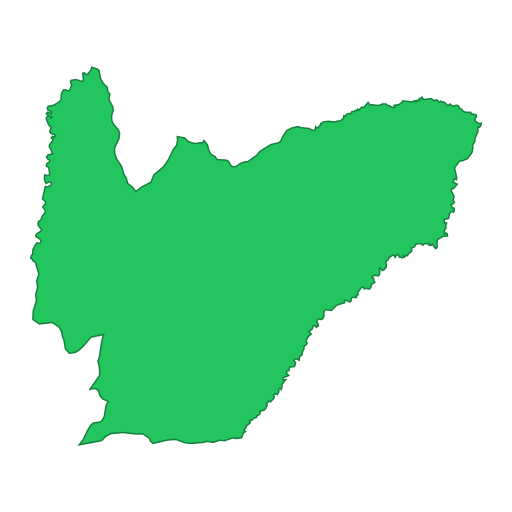 the district of União do Sul, Mato Grosso, Brazil
{"feature_id": "56859067B54495236199996", "entity_name": "União do Sul", "entity_type": "district", "adm_level": 2, "iso_a3": "BRA", "parent_name": "Brazil", "parent_adm1": "Mato Grosso", "projection": "robinson", "projection_center": [-54.31, -11.533], "detail": "fine", "context": "isolated", "style": "filled", "palette": "green", "viewbox_px": 512, "rotation_deg": 0, "n_neighbors": 0, "source": "geoboundaries", "source_scale": "gbopen_adm2", "svg_char_len": 5968}
<svg xmlns="http://www.w3.org/2000/svg" viewBox="0 0 512 512"><path d="M32.9,319.5L39.3,323.9L52.2,322.5L59.0,326.9L61.8,331.9L62.2,335.5L64.1,340.5L65.4,348.8L69.4,353.3L75.5,352.3L79.3,349.8L84.2,345.2L90.9,337.2L103.6,334.5L101.8,341.0L99.5,356.7L98.0,361.0L99.5,367.9L99.7,375.3L89.5,389.9L91.7,388.7L95.6,388.6L98.4,390.5L100.0,395.7L102.4,398.7L108.4,401.6L106.2,405.0L104.3,416.4L102.2,420.5L100.6,421.9L93.2,423.1L90.7,425.3L87.3,431.0L83.6,439.1L79.2,444.8L100.2,440.9L102.2,440.1L105.6,436.4L111.1,433.6L122.9,432.5L135.2,433.9L143.0,433.9L149.5,438.4L150.5,441.2L153.0,443.4L167.0,440.1L173.8,439.5L176.6,439.7L184.9,442.7L190.3,443.4L203.7,442.4L206.5,441.4L213.8,442.3L219.6,440.2L224.5,440.7L232.6,437.9L236.6,438.5L241.6,437.8L243.4,432.9L245.5,431.6L243.9,430.4L246.0,427.5L245.9,425.7L247.6,425.1L250.3,422.7L249.6,420.3L251.9,420.2L254.0,418.1L256.5,417.5L256.7,415.8L259.7,414.4L260.5,410.9L263.8,410.4L265.5,408.7L267.2,405.4L266.5,403.9L267.6,402.5L269.0,401.0L270.4,401.8L273.9,398.3L274.2,396.7L273.4,395.0L274.4,393.8L277.2,394.6L278.9,391.7L278.6,389.5L279.8,388.2L281.2,389.5L282.0,387.3L281.9,384.5L285.7,379.6L282.9,379.9L283.3,377.7L288.7,375.5L286.3,372.9L287.3,370.8L289.1,370.6L289.0,368.5L290.0,367.0L294.3,366.5L295.4,364.5L295.4,362.5L293.8,360.6L295.3,358.9L297.6,359.2L299.1,360.3L299.8,355.9L301.8,355.3L302.7,351.2L303.9,349.1L304.0,346.6L306.5,344.4L307.1,342.8L306.1,341.5L306.6,339.4L308.7,336.1L311.2,334.1L308.8,331.5L312.2,329.0L313.0,326.1L314.7,325.4L316.3,327.3L318.3,326.0L318.0,323.8L316.8,322.0L317.5,319.7L319.3,318.8L321.2,319.6L322.9,318.6L324.0,315.6L323.8,313.2L324.5,310.5L325.8,309.6L331.4,310.5L336.8,305.1L344.7,302.7L344.3,301.2L345.6,300.0L349.6,302.0L350.9,301.2L351.4,298.1L352.7,297.4L356.5,297.5L356.5,295.5L358.1,294.7L357.6,292.5L361.5,287.5L363.3,287.0L364.2,288.9L366.4,288.2L368.4,289.1L370.2,288.5L371.0,287.2L371.2,284.5L374.8,282.4L373.7,280.8L373.7,278.4L371.9,277.3L372.7,275.9L376.2,275.4L378.3,275.9L379.3,274.8L380.0,271.2L379.0,269.8L379.8,268.0L382.6,270.6L384.5,269.3L386.1,267.3L386.4,265.1L385.8,262.4L386.7,260.7L388.4,259.6L388.8,257.7L392.8,255.1L394.4,255.7L395.1,257.4L397.2,254.5L398.9,255.2L399.1,257.1L400.5,256.8L401.6,257.8L403.9,257.4L403.6,255.5L405.2,256.6L406.3,254.9L407.5,255.7L408.4,253.9L411.6,251.3L411.6,248.0L414.4,246.9L415.9,244.3L418.1,243.6L420.6,243.6L422.9,245.3L424.4,243.5L426.6,243.9L429.0,243.3L428.9,245.1L430.9,245.4L432.6,244.1L434.7,247.8L436.2,248.5L437.2,246.9L436.9,243.7L437.5,239.6L442.9,236.4L447.5,236.1L447.3,234.0L446.1,232.9L444.6,234.0L444.0,232.4L445.0,229.2L446.1,228.0L445.6,225.8L446.6,223.0L444.6,222.8L444.1,219.5L448.7,218.3L449.4,213.7L451.9,211.3L453.5,212.2L454.3,210.7L454.0,208.0L452.1,208.0L451.9,206.2L450.6,205.0L451.6,203.8L453.3,203.8L454.4,202.1L452.9,200.1L453.9,197.7L453.9,195.8L451.2,190.7L451.8,188.5L453.6,188.5L457.3,184.1L453.0,182.3L454.4,178.6L456.4,179.7L456.7,177.6L454.5,167.8L459.6,161.0L462.1,160.9L467.4,158.7L472.0,152.4L472.8,148.0L472.5,145.3L474.8,141.6L475.0,138.4L477.9,131.4L477.7,127.1L479.1,127.5L480.6,126.0L481.3,123.2L479.9,123.9L475.4,121.4L474.7,120.0L476.6,116.1L475.7,114.5L471.1,114.1L470.9,112.4L465.1,112.2L462.9,111.1L461.6,109.1L459.7,108.5L458.6,106.1L457.2,105.2L452.4,106.2L450.1,104.0L447.9,105.7L444.5,102.4L440.5,101.2L439.1,102.4L437.8,100.6L436.3,99.8L434.8,100.8L430.7,98.6L424.7,99.5L422.7,98.6L421.9,97.1L421.1,98.5L419.2,98.5L419.0,100.6L417.1,100.2L415.9,102.0L415.0,100.6L411.7,101.9L402.7,100.9L402.1,102.4L398.5,104.7L394.0,105.4L394.9,107.3L393.5,107.5L390.9,106.8L389.5,105.6L387.9,105.7L386.3,104.0L382.1,104.0L379.7,105.3L376.1,105.4L371.8,104.6L370.1,105.3L368.1,102.4L363.8,107.6L361.9,107.0L358.8,110.0L357.5,109.1L356.8,110.8L355.5,110.4L353.9,111.4L351.9,111.6L351.0,113.8L349.7,113.4L346.4,114.3L345.5,116.5L343.8,115.7L343.5,118.2L340.3,121.1L338.1,120.9L335.0,122.0L328.2,121.3L323.2,121.9L322.1,123.2L320.6,123.6L320.2,125.3L317.2,128.2L315.7,126.8L315.2,129.5L313.4,130.6L308.3,128.3L301.7,127.8L297.9,126.6L291.7,128.0L286.7,130.6L282.4,137.2L280.9,141.1L278.2,142.9L271.1,144.5L259.6,151.6L257.1,155.0L248.0,161.6L244.4,162.0L239.7,163.8L237.5,165.7L234.4,167.0L231.2,166.1L228.4,161.2L226.2,160.1L217.9,159.7L216.5,159.0L215.4,156.8L211.2,154.5L208.6,149.9L207.4,144.8L204.0,140.5L202.1,143.6L200.8,142.6L195.6,143.5L192.7,143.1L188.3,141.5L184.7,138.0L177.3,136.6L177.6,140.3L176.6,145.3L173.2,149.7L168.7,159.2L163.6,166.7L153.9,174.9L150.9,182.2L142.3,186.7L135.6,191.5L132.4,187.1L127.6,183.4L126.3,178.1L123.9,174.2L121.5,166.3L116.7,159.2L114.6,153.1L114.6,147.9L118.9,138.8L119.6,133.5L118.4,129.8L113.5,124.2L111.7,120.5L111.6,115.7L113.2,110.2L112.8,106.8L109.3,100.4L109.0,98.2L109.9,94.2L107.8,91.4L107.3,87.3L103.3,83.5L100.7,79.2L99.0,70.5L97.4,69.2L91.7,67.2L91.1,69.8L87.6,74.5L85.7,74.3L84.3,72.9L82.7,73.3L83.5,80.3L82.1,81.5L76.0,79.6L71.2,80.3L70.4,81.6L71.7,85.1L69.7,90.3L67.5,90.9L65.8,89.7L63.5,89.9L61.5,93.3L61.0,99.5L59.8,101.4L54.3,105.0L48.1,106.4L47.3,108.0L47.6,109.8L51.7,112.1L51.3,113.7L47.6,112.2L46.3,113.5L48.6,115.9L46.9,116.7L46.2,118.7L48.5,124.5L51.2,127.7L49.8,131.2L50.7,133.4L54.4,134.5L55.5,135.8L54.5,137.0L52.5,136.3L51.4,138.2L53.0,138.7L52.5,141.0L49.7,144.6L49.2,146.5L51.3,150.2L52.5,153.9L48.0,154.9L46.5,157.3L48.1,159.3L49.8,160.1L49.6,161.7L46.6,164.0L46.5,166.4L48.7,167.2L49.8,174.7L47.8,175.5L44.6,174.9L44.4,179.4L46.0,183.5L49.0,181.9L50.5,182.2L51.5,183.7L51.2,185.3L47.6,186.9L45.3,186.6L42.5,198.9L45.5,201.6L45.7,203.3L42.7,206.9L45.1,210.3L45.3,212.5L42.4,215.8L40.9,220.1L38.8,221.3L37.9,223.2L38.2,225.5L41.7,229.8L40.9,231.1L36.4,234.0L35.7,235.5L36.4,236.9L39.7,238.9L40.9,240.6L40.5,242.7L39.3,243.5L37.2,242.7L35.4,244.7L32.9,249.8L32.7,254.2L31.2,255.7L30.7,258.2L32.2,259.1L32.9,260.8L35.4,262.3L38.9,274.1L36.7,281.0L37.7,287.3L35.8,294.4L36.4,300.8L33.2,311.3L32.9,319.5ZM50.2,116.5L52.2,117.1L51.0,118.1L50.2,116.5Z" fill="#22c55e" stroke="#15803d" stroke-width="1.5"/></svg>